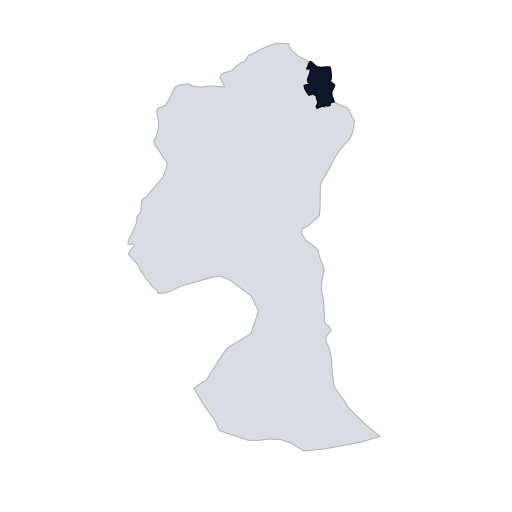 Kraslavas on a map of Latvia (Mercator projection), rotated 258°
{"feature_id": "LVA-1064", "entity_name": "Kraslavas", "entity_type": "Municipality", "adm_level": 1, "iso_a3": "LVA", "parent_name": "Latvia", "parent_adm1": "", "projection": "mercator", "projection_center": [27.268, 55.934], "detail": "fine", "context": "in_parent", "style": "filled", "palette": "ink", "viewbox_px": 512, "rotation_deg": 258, "n_neighbors": 0, "source": "natural_earth", "source_scale": "10m", "svg_char_len": 2596}
<svg xmlns="http://www.w3.org/2000/svg" viewBox="0 0 512 512"><g transform="rotate(258 256 256)"><path d="M368.6,380.4L365.7,379.9L357.7,376.7L350.9,372.0L346.8,365.8L339.8,357.3L335.2,352.9L327.9,347.4L315.8,336.2L311.4,333.6L290.0,328.7L282.2,326.4L275.0,313.6L272.7,306.2L269.2,304.9L265.3,306.4L261.2,307.9L251.5,316.6L248.3,317.9L242.3,318.0L228.3,319.9L221.9,316.7L210.9,313.3L204.8,312.7L199.5,312.8L175.9,309.4L171.5,313.1L167.2,313.8L162.9,308.0L157.7,306.4L151.9,308.3L141.3,308.6L128.8,306.7L112.8,305.3L110.4,305.9L92.7,313.6L88.4,314.8L69.1,327.7L53.9,339.7L52.1,320.4L53.1,281.7L55.3,262.3L65.9,251.0L71.2,242.2L74.3,230.3L75.2,219.4L77.3,210.3L92.6,184.1L104.7,181.2L121.1,173.9L139.5,167.8L143.0,175.6L144.8,181.5L166.9,202.9L172.5,210.1L181.0,234.6L201.5,247.0L217.6,243.1L224.6,237.1L237.4,226.0L243.2,217.9L244.4,210.0L242.1,176.2L238.6,161.4L239.8,152.2L242.0,152.7L247.5,148.3L265.5,140.0L269.1,139.6L273.2,137.9L284.5,131.6L288.2,135.0L291.2,138.8L292.9,138.8L293.7,137.4L293.5,135.0L294.2,133.2L297.5,134.2L310.6,144.5L315.7,146.9L319.1,147.6L323.2,152.5L334.4,155.7L335.8,158.2L336.7,161.3L347.1,174.3L351.9,180.9L361.2,186.9L365.2,188.3L381.4,182.2L386.0,180.1L389.7,180.0L393.6,183.2L402.3,187.5L410.2,188.9L411.6,188.6L418.3,189.0L420.7,190.7L422.2,199.0L429.8,205.5L436.9,210.8L438.7,213.3L439.2,218.1L438.8,223.7L437.9,226.6L435.0,229.9L432.4,238.3L432.0,246.3L428.0,260.0L428.9,260.3L437.4,257.8L439.8,259.2L441.7,262.3L442.3,270.9L445.1,274.7L447.9,280.8L448.8,285.5L454.3,291.0L454.7,294.6L458.0,307.4L459.3,314.7L459.9,320.3L458.2,327.4L456.8,332.3L455.1,332.0L450.2,333.3L442.5,339.1L431.1,352.7L428.1,355.7L425.1,366.1L424.4,367.2L417.7,366.7L415.9,366.4L409.2,366.6L394.7,364.0L389.0,365.7L381.6,376.2L378.7,377.7L370.1,379.2L368.6,380.4Z" fill="#d9dde1" stroke="#a8b0b8" stroke-width="1"/><path d="M434.8,349.3L433.9,350.9L428.3,354.6L426.7,359.1L426.3,363.9L425.8,366.1L425.3,367.6L423.7,367.8L416.6,367.2L414.7,366.6L412.9,365.5L411.5,363.9L410.4,365.3L407.7,367.9L406.6,368.3L405.0,367.5L401.5,364.4L400.3,363.8L398.0,363.4L390.6,364.3L390.5,363.1L390.6,362.5L390.6,361.4L390.4,360.6L387.9,359.6L388.0,357.7L388.1,356.5L388.6,355.8L389.1,354.1L388.0,353.7L388.5,352.7L389.2,351.8L388.7,350.9L388.5,350.2L387.9,346.5L389.8,346.0L391.7,347.8L394.0,348.6L397.5,348.1L400.0,348.3L402.7,345.7L402.4,341.2L406.7,339.4L409.6,338.6L412.7,338.6L413.0,341.0L412.5,344.4L413.6,344.7L415.2,343.1L417.8,343.1L424.1,347.0L426.8,347.8L428.2,348.1L428.1,345.2L428.8,344.7L430.3,346.0L432.8,347.3L434.8,349.3Z" fill="#0f172a" stroke="#020617" stroke-width="1.5"/></g></svg>